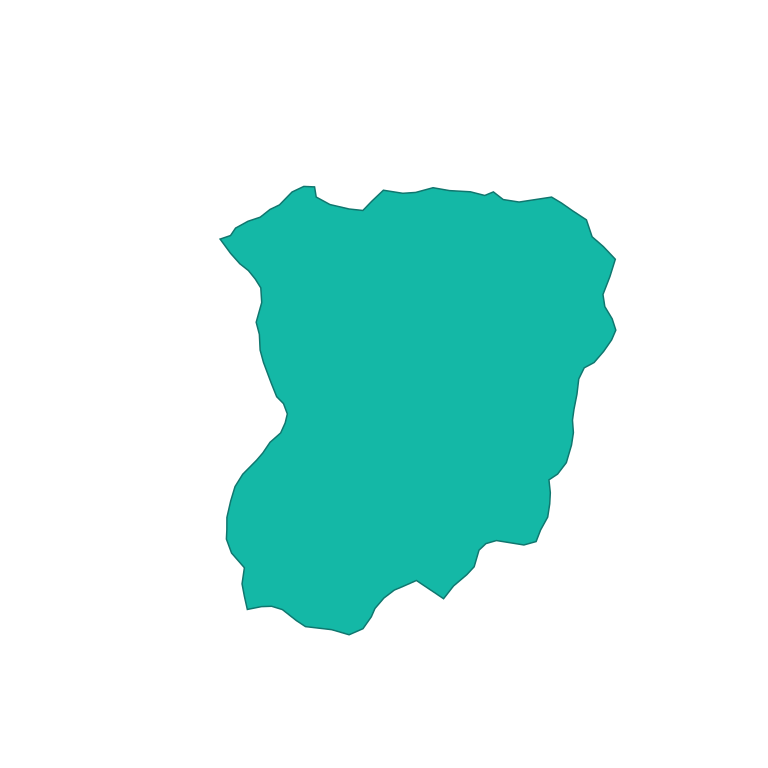 outline of Catiguá, São Paulo, Brazil, rotated 133°
{"feature_id": "56859067B52340908889557", "entity_name": "Catiguá", "entity_type": "district", "adm_level": 2, "iso_a3": "BRA", "parent_name": "Brazil", "parent_adm1": "São Paulo", "projection": "albers", "projection_center": [-49.049, -21.07], "detail": "fine", "context": "isolated", "style": "filled", "palette": "teal", "viewbox_px": 768, "rotation_deg": 133, "n_neighbors": 0, "source": "geoboundaries", "source_scale": "gbopen_adm2", "svg_char_len": 1479}
<svg xmlns="http://www.w3.org/2000/svg" viewBox="0 0 768 768"><g transform="rotate(133 384 384)"><path d="M642.1,330.2L630.4,321.8L623.2,314.6L618.3,304.5L616.8,286.7L615.0,276.0L599.4,254.8L591.2,238.5L577.3,232.5L562.9,234.5L554.4,237.5L540.6,238.1L527.6,235.9L518.7,231.9L505.6,226.3L500.4,194.0L484.3,195.4L467.0,193.4L456.2,193.4L440.7,201.2L431.2,200.6L421.8,195.0L406.3,171.9L395.5,165.3L384.0,169.9L369.7,173.5L358.7,181.0L350.1,188.2L341.6,198.0L331.5,195.6L317.2,197.0L300.8,205.2L290.4,212.3L281.9,221.5L273.1,227.7L259.9,235.9L247.5,245.0L235.6,248.6L225.0,245.0L210.3,245.6L196.5,247.6L186.5,251.2L180.7,261.6L176.8,275.3L169.2,284.9L151.2,292.1L135.0,299.9L133.9,317.2L134.4,332.2L125.9,347.9L128.7,364.2L130.6,377.6L133.0,388.9L145.4,398.7L158.8,409.3L167.8,422.6L168.9,435.0L177.4,438.9L184.5,451.9L197.9,468.0L207.0,482.0L222.3,491.5L231.7,500.3L242.7,516.6L258.9,517.6L271.5,517.8L279.9,529.0L289.6,545.9L293.5,561.1L287.2,569.2L294.2,577.4L306.3,582.2L324.3,582.6L334.0,586.4L346.4,588.3L357.8,594.5L371.2,598.9L380.1,597.5L389.8,602.7L393.1,585.2L394.4,571.4L393.5,560.6L395.0,549.9L397.7,539.7L407.8,529.0L426.0,519.6L432.7,509.0L443.7,497.7L450.4,486.9L460.2,467.2L466.5,453.8L466.9,444.1L471.8,434.3L479.9,429.7L490.3,426.2L504.3,427.6L517.1,425.6L526.6,425.2L546.3,425.8L560.6,423.0L574.0,416.4L588.7,407.9L597.8,399.5L604.9,393.5L611.6,380.2L613.6,360.8L627.0,351.5L634.5,341.3L642.1,330.2Z" fill="#14b8a6" stroke="#0f766e" stroke-width="1.5"/></g></svg>